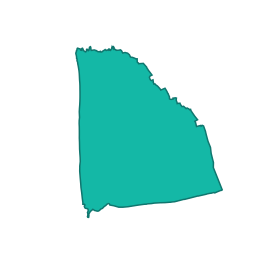 Santiago Tapextla, Oaxaca, Mexico (Mercator projection), rotated 68°
{"feature_id": "50627088B73039114437677", "entity_name": "Santiago Tapextla", "entity_type": "district", "adm_level": 2, "iso_a3": "MEX", "parent_name": "Mexico", "parent_adm1": "Oaxaca", "projection": "mercator", "projection_center": [-98.492, 16.33], "detail": "fine", "context": "isolated", "style": "filled", "palette": "teal", "viewbox_px": 256, "rotation_deg": 68, "n_neighbors": 0, "source": "geoboundaries", "source_scale": "gbopen_adm2", "svg_char_len": 5117}
<svg xmlns="http://www.w3.org/2000/svg" viewBox="0 0 256 256"><g transform="rotate(68 128 128)"><path d="M35.2,145.3L36.7,146.3L36.9,146.6L37.2,146.7L37.3,147.1L37.7,147.3L38.2,147.5L38.8,148.2L39.3,148.4L39.9,148.6L40.5,148.6L43.0,149.1L44.1,149.6L44.3,149.6L44.5,149.6L44.7,149.4L45.1,149.4L45.5,149.5L45.8,149.8L46.6,150.1L47.0,150.1L47.4,150.1L47.7,150.1L48.2,150.1L48.6,150.2L49.1,150.4L50.0,150.6L52.2,151.0L56.6,152.0L59.3,152.8L61.9,153.7L65.3,154.9L68.5,155.9L71.0,156.8L73.5,157.8L76.6,159.0L79.1,160.0L81.8,161.1L85.3,162.6L88.3,164.0L91.5,165.6L94.7,167.1L97.8,168.2L100.1,169.0L102.7,170.4L105.5,171.6L108.6,172.7L112.2,174.1L116.2,175.7L119.1,176.9L123.0,178.3L126.4,179.6L129.5,180.8L133.1,182.0L137.4,183.4L141.2,184.8L145.5,187.1L146.1,187.3L149.8,188.9L155.8,190.8L162.3,192.8L165.6,193.9L170.8,195.2L176.4,196.8L180.3,197.8L181.8,198.4L182.4,196.9L183.3,196.8L183.6,197.1L183.8,197.4L184.0,197.8L185.0,197.9L185.5,197.9L186.1,197.8L186.5,197.5L186.9,196.9L187.5,196.0L187.9,195.6L188.4,195.6L189.1,195.6L189.7,195.9L189.9,196.1L190.5,196.4L190.7,196.7L191.1,197.2L191.5,197.3L192.0,197.3L192.8,197.5L193.2,197.6L193.7,198.0L194.2,198.1L194.6,198.5L195.0,198.8L195.6,198.8L195.9,198.5L196.1,198.0L195.8,197.7L195.5,197.6L195.1,197.4L194.7,197.1L194.4,197.0L194.0,196.9L193.4,196.6L193.1,196.5L192.7,196.2L192.5,195.8L192.2,195.3L191.8,194.9L191.5,194.4L191.3,194.1L191.1,193.7L191.0,193.2L190.9,192.9L190.8,192.4L190.5,191.8L190.2,191.1L190.5,190.8L191.0,190.5L191.7,190.1L192.2,189.6L192.5,189.1L192.8,188.6L193.2,188.2L193.6,187.6L193.9,186.8L193.8,186.2L193.8,185.4L193.6,184.9L193.1,184.1L193.0,183.6L193.0,182.8L192.9,181.7L192.6,181.1L192.4,180.4L192.2,180.1L191.9,179.7L191.7,178.4L191.5,177.5L190.9,176.4L190.8,175.9L190.7,175.0L190.8,174.3L191.0,174.0L191.3,173.7L192.1,173.6L192.6,173.7L194.9,170.1L195.0,170.0L197.9,166.3L199.5,162.4L201.0,157.4L203.2,147.8L204.8,141.5L205.5,139.5L205.7,138.0L206.2,136.6L206.9,134.4L207.4,132.0L209.2,126.6L211.2,121.2L212.4,117.3L212.7,116.5L213.2,114.4L213.8,112.5L214.2,109.8L214.3,108.5L214.4,108.2L215.0,103.4L215.4,102.1L216.3,95.5L217.2,88.7L217.4,88.4L218.7,80.4L218.7,79.7L218.8,79.0L219.2,76.8L219.7,74.9L219.7,74.5L219.7,74.4L219.8,73.9L219.9,73.4L220.0,72.4L220.6,72.0L220.7,71.8L220.6,69.1L220.6,66.7L220.6,65.9L220.7,65.3L220.8,64.8L220.9,64.4L220.6,63.8L196.8,63.7L196.7,63.7L192.0,61.7L189.6,61.4L182.6,60.4L176.9,58.8L170.3,58.8L163.8,58.0L161.0,57.6L160.1,57.4L154.4,57.2L153.4,58.1L153.7,59.5L152.9,59.5L152.3,63.9L148.2,63.3L146.8,63.5L146.4,60.4L142.1,61.7L136.7,62.9L135.4,63.1L134.2,63.0L134.3,63.9L133.5,64.2L131.7,65.6L131.5,66.6L131.7,66.9L128.7,68.3L128.7,68.8L128.3,70.0L127.7,70.1L127.1,70.3L125.1,70.6L124.5,70.5L124.0,72.0L123.8,73.2L123.2,73.0L120.3,72.9L118.4,71.9L117.8,72.7L117.2,75.1L118.0,75.2L117.8,76.8L117.2,78.1L116.5,78.6L116.2,78.5L114.6,77.9L111.6,78.0L111.0,77.9L110.6,78.2L108.8,78.2L106.0,78.6L105.0,78.8L105.1,83.4L103.7,83.6L100.7,84.7L99.5,85.3L98.8,85.9L97.7,86.3L97.2,86.5L97.0,87.5L96.4,87.4L95.0,87.5L94.9,87.3L92.7,86.8L92.7,87.3L92.8,87.9L92.9,88.4L92.7,88.7L92.1,89.1L90.8,89.3L89.1,89.2L88.5,88.7L88.1,88.0L87.9,85.9L82.4,87.4L82.1,87.5L80.7,87.7L80.2,87.9L78.8,88.0L78.6,87.9L73.8,89.6L72.4,94.0L71.6,94.0L70.7,94.7L69.9,94.6L67.3,93.6L66.7,95.0L66.0,95.4L64.1,97.5L63.4,98.9L63.2,99.0L62.8,99.2L62.7,99.1L60.4,99.3L59.8,99.7L59.5,99.9L59.1,100.0L58.5,100.3L57.2,102.1L56.9,102.4L56.5,104.8L53.6,105.1L53.4,105.5L52.7,105.8L52.5,106.0L52.6,106.4L52.6,106.8L52.4,107.4L51.6,109.8L51.2,110.1L50.8,110.0L50.6,110.2L50.4,110.4L49.9,111.1L49.9,111.6L49.2,111.7L48.7,110.8L47.0,111.0L46.9,111.2L47.0,111.5L47.6,111.9L47.8,112.1L47.6,112.5L47.0,112.5L46.9,112.5L47.4,112.9L48.4,113.3L48.6,113.8L48.8,114.5L49.3,114.8L49.5,115.2L49.2,115.4L49.0,116.1L48.5,116.6L48.4,116.5L48.2,115.9L48.0,115.7L47.8,115.8L47.6,116.0L47.6,116.4L47.8,116.7L48.4,117.2L48.5,117.4L48.1,117.7L47.9,118.1L47.8,118.6L48.0,118.8L48.0,119.2L47.8,119.4L46.7,119.8L47.0,120.7L47.1,122.0L47.5,123.3L47.8,124.2L47.7,124.1L47.5,124.6L47.2,124.9L46.6,124.8L46.5,125.2L46.8,125.5L46.0,127.2L45.9,127.4L45.1,128.0L44.5,128.1L44.4,128.5L44.0,129.1L43.8,129.1L43.5,129.4L43.2,129.7L43.0,130.1L42.9,130.5L42.8,130.8L42.7,131.1L42.6,131.5L42.6,131.9L42.5,132.3L42.4,132.6L42.3,133.0L42.1,133.0L41.9,133.0L41.7,133.0L41.4,132.9L41.1,132.9L40.8,132.8L40.6,132.7L40.2,132.6L39.9,132.5L39.6,132.4L39.1,132.3L38.8,132.3L38.5,132.4L38.6,133.0L38.7,133.4L38.9,133.5L39.2,133.8L39.5,133.9L39.8,134.2L40.2,134.4L40.4,134.7L40.9,134.9L41.1,135.1L41.3,135.2L41.5,135.6L41.4,136.0L41.1,136.1L40.8,136.1L40.6,136.2L40.3,136.2L39.8,136.3L39.6,136.4L39.5,136.7L39.8,137.1L40.3,137.2L40.6,137.4L40.8,137.6L41.6,138.7L41.1,139.3L40.8,139.5L40.5,139.7L40.1,139.9L39.8,140.0L39.6,140.1L39.4,140.2L39.1,140.2L38.8,140.2L38.3,140.2L38.0,140.2L37.6,140.2L37.2,140.2L36.9,140.4L36.9,140.7L37.0,141.0L37.3,141.3L37.5,141.6L37.9,141.7L38.2,141.8L38.6,141.9L38.1,142.7L37.7,142.4L37.5,142.1L37.2,142.1L36.8,142.8L36.2,143.5L35.9,143.9L35.7,144.1L35.4,144.4L35.4,144.6L35.1,144.8L35.2,145.2L35.2,145.3Z" fill="#14b8a6" stroke="#0f766e" stroke-width="1.5"/></g></svg>